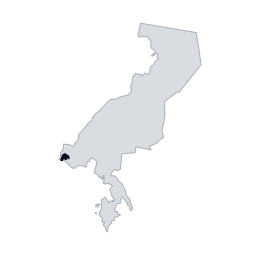 location of Dzharkurgan, Surkhandarya, Uzbekistan, rotated 97°
{"feature_id": "79887680B28452062330935", "entity_name": "Dzharkurgan", "entity_type": "district", "adm_level": 2, "iso_a3": "UZB", "parent_name": "Uzbekistan", "parent_adm1": "Surkhandarya", "projection": "natural_earth1", "projection_center": [67.558, 37.554], "detail": "fine", "context": "in_parent", "style": "filled", "palette": "ink", "viewbox_px": 256, "rotation_deg": 97, "n_neighbors": 0, "source": "geoboundaries", "source_scale": "gbopen_adm2", "svg_char_len": 4593}
<svg xmlns="http://www.w3.org/2000/svg" viewBox="0 0 256 256"><g transform="rotate(97 128 128)"><path d="M203.5,115.3L207.4,113.5L209.5,114.7L209.7,115.4L207.4,116.7L205.2,117.4L204.6,119.1L202.5,119.8L200.3,122.1L197.0,124.5L197.0,125.0L197.3,125.4L198.4,125.7L200.6,127.0L202.7,126.2L203.3,126.4L203.8,127.1L204.5,129.3L205.4,129.9L208.5,131.0L210.8,131.0L212.0,131.4L212.2,131.2L212.3,128.0L213.3,128.6L214.3,128.2L214.7,126.6L214.5,125.6L215.2,125.0L215.6,125.4L215.7,126.3L216.8,126.9L217.7,128.5L217.9,130.3L220.1,130.8L220.9,130.4L221.5,130.6L221.8,132.9L222.1,133.1L224.0,132.7L225.7,133.6L227.6,135.3L229.8,135.5L230.2,135.8L231.7,135.5L233.5,136.0L233.5,136.3L233.3,136.6L229.1,138.7L228.0,140.2L227.1,140.7L224.5,139.9L224.2,140.8L224.6,141.6L224.0,142.6L222.8,142.2L222.5,141.8L221.2,142.0L219.8,143.5L219.1,144.8L217.8,145.2L215.9,146.4L215.1,145.4L213.8,145.6L212.0,144.5L211.1,144.4L203.0,145.7L202.4,145.5L201.5,143.8L199.5,142.9L199.6,142.0L203.7,138.4L204.2,137.4L202.8,136.8L203.0,135.8L200.3,133.0L199.8,132.8L199.5,132.9L198.5,135.0L191.4,138.6L190.3,138.3L188.7,136.9L187.7,136.5L186.4,137.6L186.5,139.0L185.1,140.0L186.4,143.7L186.2,144.2L185.3,144.3L186.0,145.7L185.4,145.9L182.0,145.4L178.1,146.2L178.2,146.8L181.7,146.7L182.2,147.0L182.3,147.4L182.1,147.7L180.2,148.0L180.0,148.6L181.0,150.2L180.6,150.6L179.9,150.3L179.4,151.3L178.2,151.3L177.5,154.5L176.6,155.6L175.2,156.1L166.8,154.7L164.6,155.7L163.2,157.1L162.2,160.6L162.3,160.9L165.9,162.3L166.5,164.4L170.8,164.6L171.6,164.9L171.9,165.4L172.1,166.0L170.9,169.4L171.4,172.5L172.1,173.9L174.7,176.6L174.6,178.0L174.0,179.3L173.3,180.5L172.5,180.9L171.4,182.4L170.5,184.2L168.6,186.5L168.0,187.8L167.8,191.6L167.3,192.7L167.2,192.3L166.6,191.8L164.7,191.7L164.3,191.2L161.8,192.1L160.3,191.7L158.7,190.2L155.7,189.6L151.9,190.0L151.7,186.1L151.9,183.2L153.2,180.9L153.2,180.5L152.5,179.7L150.2,179.0L147.5,177.2L145.0,176.0L143.6,175.7L142.0,176.3L140.6,176.1L133.9,171.5L128.3,168.1L124.5,164.7L122.6,165.0L117.7,161.8L114.6,158.5L104.1,151.0L102.0,149.2L101.6,148.2L100.8,143.7L99.9,141.6L98.6,140.4L97.5,138.2L95.8,132.9L95.2,131.9L92.1,129.6L90.3,129.1L88.9,129.4L88.2,130.3L87.1,130.4L82.5,129.5L77.5,129.9L73.0,127.2L72.8,126.7L72.8,126.0L73.7,124.2L73.6,123.4L73.0,122.5L73.0,121.6L73.4,121.1L74.3,121.2L74.6,120.9L74.5,120.4L73.5,119.3L71.5,118.3L71.9,117.6L72.0,115.9L72.4,114.9L72.1,114.6L70.6,113.3L65.6,113.3L64.4,112.9L63.5,112.4L62.6,110.5L62.1,110.0L58.7,109.2L55.3,105.9L54.6,107.4L53.9,107.7L51.2,107.3L49.9,108.2L53.0,111.6L53.7,112.6L53.7,113.3L52.7,113.4L51.9,111.7L51.4,111.3L48.3,110.4L47.3,111.4L46.9,112.7L45.5,115.0L43.9,115.3L40.2,115.5L39.1,116.0L38.3,116.6L36.8,118.5L34.9,120.1L35.3,126.4L36.5,127.9L35.2,129.3L22.5,128.3L25.0,71.9L43.3,66.6L56.4,63.3L85.5,81.1L86.2,81.8L86.5,83.3L87.2,84.5L97.1,94.9L111.9,92.8L126.9,94.0L132.6,91.5L137.0,96.1L139.7,97.7L143.4,104.4L147.0,102.6L146.4,110.6L145.9,113.0L145.8,117.8L151.8,118.0L153.1,125.7L154.4,130.6L155.7,131.1L167.0,130.4L167.8,130.8L169.5,130.3L170.5,131.8L171.6,132.9L170.8,136.3L172.2,137.6L175.4,139.2L177.3,139.2L177.7,138.6L177.6,137.8L177.1,137.0L177.1,136.0L177.4,135.2L179.3,132.7L182.4,130.2L183.1,129.2L183.3,127.7L184.4,126.8L187.0,125.7L187.4,125.0L190.6,122.9L194.3,121.7L195.9,120.7L197.5,118.7L199.8,116.7L200.7,116.6L201.3,117.3L201.9,117.3L203.5,115.3ZM202.9,134.3L202.5,133.3L201.9,132.9L201.6,133.1L202.5,134.3L202.9,134.3ZM209.9,150.5L207.5,150.4L207.9,148.9L207.0,148.2L206.9,147.4L207.0,146.7L207.6,146.5L208.3,147.6L210.2,148.1L209.6,149.1L210.1,150.2L209.9,150.5ZM217.1,148.9L216.7,150.2L215.7,149.6L215.8,149.3L217.1,148.9Z" fill="#d9dde1" stroke="#a8b0b8" stroke-width="1"/><path d="M168.2,190.4L168.2,189.9L168.2,189.4L167.6,189.3L167.3,189.1L166.7,188.8L166.2,188.5L165.8,188.5L165.8,188.3L165.9,187.9L166.1,187.3L166.3,186.7L166.7,186.2L166.7,185.8L166.5,185.6L166.2,185.7L165.8,185.7L165.3,185.7L165.0,185.9L165.0,186.2L164.5,186.1L164.4,185.9L164.6,185.8L164.7,185.6L164.4,185.5L164.5,185.1L164.9,184.9L164.9,184.7L164.8,184.4L164.9,184.2L165.0,183.7L165.2,183.4L165.4,183.1L165.2,183.0L164.8,183.5L164.5,184.0L164.3,184.0L164.1,183.9L163.9,183.4L163.7,183.3L163.5,183.6L163.2,183.9L163.1,184.3L162.9,184.8L162.4,185.4L162.0,186.1L161.8,186.3L161.7,186.9L161.6,187.4L161.7,187.7L161.7,188.0L162.0,188.1L162.2,187.9L162.3,188.3L162.7,188.3L162.9,188.2L162.9,188.5L162.8,189.0L163.1,188.9L163.3,188.7L163.6,188.8L163.7,189.0L163.5,189.3L163.5,189.6L164.7,189.6L165.2,189.8L165.7,190.2L166.5,190.3L167.1,190.2L167.6,190.5L168.2,190.4Z" fill="#0f172a" stroke="#020617" stroke-width="1.5"/></g></svg>